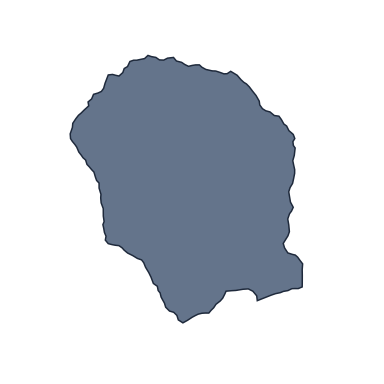 Piratininga, São Paulo, Brazil (orthographic projection), rotated 199°
{"feature_id": "56859067B94556875312547", "entity_name": "Piratininga", "entity_type": "district", "adm_level": 2, "iso_a3": "BRA", "parent_name": "Brazil", "parent_adm1": "São Paulo", "projection": "orthographic", "projection_center": [-49.192, -22.416], "detail": "fine", "context": "isolated", "style": "filled", "palette": "slate", "viewbox_px": 384, "rotation_deg": 199, "n_neighbors": 0, "source": "geoboundaries", "source_scale": "gbopen_adm2", "svg_char_len": 2369}
<svg xmlns="http://www.w3.org/2000/svg" viewBox="0 0 384 384"><g transform="rotate(199 192 192)"><path d="M312.0,192.9L308.9,190.9L306.2,188.9L303.0,187.6L300.3,183.9L297.2,182.3L294.3,180.5L291.2,178.9L288.0,174.4L285.9,171.8L282.8,170.2L281.1,165.4L277.3,160.1L276.4,156.7L274.4,152.2L270.5,147.4L269.2,143.7L268.0,140.3L265.5,135.5L265.6,132.1L263.7,129.0L261.6,125.2L258.9,122.2L258.3,118.3L254.4,115.9L250.6,116.2L247.1,116.7L243.6,117.5L239.8,116.4L237.0,114.8L232.9,113.3L227.4,112.6L222.0,111.4L217.6,111.4L214.6,109.4L211.4,105.7L206.6,101.7L203.0,98.1L198.7,92.9L194.1,91.6L191.9,87.8L189.3,86.2L187.0,82.6L184.5,80.3L181.9,78.0L179.4,74.5L174.5,72.1L170.1,72.3L166.1,70.4L163.3,66.6L158.0,65.3L154.4,69.3L151.1,73.6L148.7,76.2L146.4,78.5L143.1,80.6L140.0,81.9L136.7,83.0L135.4,86.4L133.8,89.6L132.8,93.6L129.8,98.2L128.4,101.6L127.8,105.9L127.5,109.3L122.4,111.6L118.5,113.2L112.0,116.7L107.2,118.7L102.1,118.0L97.0,114.9L94.9,110.5L91.2,113.7L83.5,120.3L79.9,123.1L75.7,125.6L73.2,127.8L69.2,130.0L66.1,133.1L63.3,134.2L60.2,135.2L56.9,138.1L58.3,142.4L60.5,148.9L62.5,154.4L64.0,160.1L67.8,162.6L70.9,164.8L73.8,166.0L76.8,165.7L81.6,165.6L86.3,169.3L89.0,173.1L87.0,181.8L87.0,186.2L89.8,192.4L92.7,197.7L92.7,203.2L91.7,206.3L91.3,210.5L95.6,214.5L97.9,218.7L100.6,223.7L100.7,228.1L99.7,232.9L100.3,237.9L101.0,243.0L102.2,246.6L104.6,250.5L106.9,254.4L107.2,259.9L108.8,267.2L111.3,269.0L113.0,272.5L112.2,276.0L115.0,279.4L120.4,281.6L124.0,285.2L127.3,286.2L131.2,289.7L134.5,292.0L139.1,291.1L144.3,293.1L148.7,292.8L152.5,293.7L156.3,296.4L158.0,299.8L162.9,304.1L167.8,307.2L172.1,310.1L175.7,311.9L178.8,312.6L182.4,314.2L187.3,317.1L194.7,318.7L197.3,315.3L200.3,314.1L204.1,314.2L209.0,314.1L212.3,313.1L218.8,312.4L223.3,313.2L226.4,314.6L230.1,313.3L233.1,311.7L236.2,309.7L240.3,310.2L244.0,311.2L249.4,310.8L253.3,313.2L258.7,310.6L261.7,307.5L265.8,306.3L270.0,307.5L274.5,306.8L278.1,306.8L280.3,302.7L284.4,300.3L287.2,298.6L290.1,297.6L293.2,295.2L293.8,289.6L296.3,286.7L296.3,282.4L298.8,277.9L302.1,277.5L305.4,277.3L309.3,275.4L309.6,266.5L309.3,261.3L310.4,257.6L313.1,255.0L316.9,252.3L317.2,247.3L319.6,243.3L317.7,239.8L320.6,234.5L322.5,230.6L324.3,227.6L325.7,223.5L327.1,218.1L326.1,214.1L326.1,207.3L324.2,202.9L321.5,200.8L318.2,198.8L315.6,196.9L312.0,192.9Z" fill="#64748b" stroke="#1e293b" stroke-width="1.5"/></g></svg>